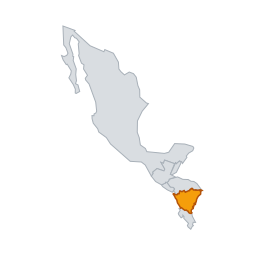 Nicaragua highlighted, Albers equal-area conic projection, rotated 18°
{"feature_id": "NIC", "entity_name": "Nicaragua", "entity_type": "country or territory", "adm_level": 0, "iso_a3": "NIC", "parent_name": "North America", "parent_adm1": "", "projection": "albers", "projection_center": [-84.819, 12.872], "detail": "fine", "context": "with_neighbors", "style": "filled", "palette": "amber", "viewbox_px": 256, "rotation_deg": 18, "n_neighbors": 6, "source": "natural_earth", "source_scale": "50m", "svg_char_len": 4795}
<svg xmlns="http://www.w3.org/2000/svg" viewBox="0 0 256 256"><g transform="rotate(18 128 128)"><path d="M34.6,51.1L47.5,51.6L46.9,52.6L66.5,61.5L81.5,62.9L81.7,60.6L91.0,61.4L98.5,68.3L101.1,74.7L103.8,76.6L108.2,78.6L111.9,74.4L116.4,74.6L120.1,77.1L124.3,84.6L127.3,88.1L129.7,95.0L137.7,98.5L139.9,98.5L136.3,107.6L134.8,118.3L138.1,129.2L141.7,133.8L145.0,140.3L150.9,142.1L153.2,144.7L170.5,140.9L174.2,138.5L177.2,128.4L187.0,125.7L195.4,125.5L196.8,126.7L196.6,129.6L193.5,133.1L192.1,136.7L193.1,137.7L190.8,144.9L189.4,143.4L187.1,143.5L185.0,147.1L184.0,146.3L183.3,147.5L172.7,147.2L172.6,150.6L170.0,150.5L175.7,155.7L175.5,157.7L168.1,157.6L165.2,162.3L166.0,163.5L165.1,166.6L155.9,157.9L151.2,156.2L140.4,159.0L116.3,148.6L110.4,143.8L101.5,140.9L99.4,138.1L93.5,134.2L91.0,130.3L89.9,127.3L91.8,126.9L91.4,125.1L92.8,123.7L93.0,121.7L89.3,113.4L77.4,98.2L72.9,95.4L72.0,93.9L73.2,90.4L67.5,85.6L66.6,81.5L63.7,80.7L58.6,74.3L58.6,72.5L54.7,63.4L55.0,61.2L51.3,58.6L49.5,58.6L46.6,56.7L45.5,58.9L46.1,66.0L52.8,74.8L53.3,76.9L54.3,76.9L55.0,80.7L60.5,87.8L61.8,93.4L64.4,99.0L64.4,102.1L67.1,102.5L70.8,108.2L68.0,111.2L67.0,111.0L65.9,107.3L62.6,103.6L56.3,98.6L56.9,94.4L56.4,91.2L50.5,86.1L49.7,86.8L45.3,83.3L42.4,79.6L45.1,79.8L47.3,77.9L47.8,75.4L44.1,70.8L41.2,68.9L34.6,51.1Z" fill="#d9dde1" stroke="#a8b0b8" stroke-width="1"/><path d="M221.4,196.9L219.2,197.5L219.2,199.9L220.4,200.7L219.6,201.5L219.0,204.9L215.8,203.6L214.6,202.4L215.0,200.0L209.0,196.7L208.6,194.9L207.1,193.9L207.5,195.6L206.3,197.0L203.0,194.8L202.2,193.6L203.1,189.9L201.4,189.0L203.7,187.1L207.5,188.7L208.9,187.9L210.7,188.4L213.4,190.0L214.8,188.8L216.4,192.0L221.4,196.9Z" fill="#d9dde1" stroke="#a8b0b8" stroke-width="1"/><path d="M217.7,164.5L215.7,164.4L210.2,166.7L207.4,165.7L206.0,168.3L202.3,171.4L200.6,170.2L199.3,171.8L196.8,171.9L196.9,174.8L193.5,176.5L192.5,174.6L190.7,174.0L191.1,171.6L190.4,171.0L186.6,171.2L181.7,167.7L183.0,166.2L183.0,163.9L190.3,159.2L196.0,159.9L201.2,158.4L204.4,159.2L207.1,158.5L210.6,159.5L217.7,164.5Z" fill="#d9dde1" stroke="#a8b0b8" stroke-width="1"/><path d="M181.7,167.7L186.6,171.2L189.2,170.5L191.1,171.6L190.0,175.4L184.6,174.7L179.0,173.0L177.4,171.7L180.7,168.7L180.4,168.0L181.7,167.7Z" fill="#d9dde1" stroke="#a8b0b8" stroke-width="1"/><path d="M165.1,166.6L166.0,163.5L165.2,162.3L168.1,157.6L175.5,157.7L175.7,155.7L170.0,150.5L172.6,150.6L172.7,147.2L183.3,147.5L182.6,158.9L188.4,160.0L183.0,163.9L183.0,166.2L181.7,167.7L180.4,168.0L180.7,168.7L177.4,171.7L170.8,170.4L165.1,166.6Z" fill="#d9dde1" stroke="#a8b0b8" stroke-width="1"/><path d="M182.6,158.9L184.0,146.3L185.0,147.1L187.1,143.5L189.3,144.4L187.7,155.2L184.3,159.0L182.6,158.9Z" fill="#d9dde1" stroke="#a8b0b8" stroke-width="1"/><path d="M217.6,164.5L217.3,164.8L216.9,165.6L216.8,165.1L216.5,165.0L216.3,165.2L216.1,165.5L216.4,165.8L216.6,165.8L216.8,165.9L217.5,168.4L217.3,168.8L216.9,169.5L216.6,170.1L216.2,170.4L215.7,172.0L215.3,174.5L215.6,176.8L215.5,178.8L215.6,179.3L215.7,179.9L215.3,180.0L215.2,180.0L215.0,179.7L215.0,179.3L215.2,178.9L215.3,178.4L215.2,178.1L215.0,178.7L214.7,179.0L214.4,179.1L214.2,179.4L214.5,180.0L214.7,180.4L214.8,180.7L214.7,181.0L214.7,182.3L214.6,182.2L214.2,182.1L214.1,182.5L214.2,182.8L213.9,183.0L214.0,183.4L214.3,183.5L214.5,183.5L214.8,184.1L214.9,184.5L214.3,185.0L214.1,185.4L213.8,185.8L213.6,186.3L213.6,186.6L213.8,187.6L214.2,188.3L214.5,188.8L214.9,188.9L214.8,189.4L214.5,189.7L213.9,189.9L213.3,190.0L212.3,189.7L211.8,189.7L211.7,189.6L211.6,189.3L211.3,189.0L210.8,188.5L210.5,188.6L209.9,188.5L209.1,188.1L208.7,188.1L208.1,188.4L207.5,188.7L205.9,188.2L204.8,187.8L203.8,187.4L203.5,187.3L203.3,187.3L203.1,187.5L202.9,187.8L202.7,188.0L202.6,187.9L202.1,187.2L201.3,186.4L198.3,184.0L197.3,182.5L196.7,181.4L196.1,180.9L194.5,179.8L194.2,179.3L192.6,177.8L191.4,176.9L191.4,176.5L191.9,176.1L192.1,176.1L192.4,176.4L192.8,176.8L193.0,176.8L193.3,176.7L195.0,176.4L195.5,176.1L195.7,175.7L195.7,175.3L195.8,175.0L196.1,174.8L196.5,174.7L196.9,174.7L197.0,174.5L196.9,174.0L196.7,172.6L196.7,172.2L196.7,171.9L196.9,171.8L197.6,171.8L199.0,171.9L199.8,171.0L200.3,170.5L200.6,170.2L200.9,170.1L201.2,170.6L202.4,171.4L202.6,171.3L202.7,171.2L202.7,170.8L203.0,170.5L203.6,170.3L204.2,169.8L204.8,169.1L205.3,168.7L205.8,168.6L205.9,168.4L205.8,168.1L205.9,167.8L206.0,167.3L206.3,167.0L206.6,167.0L206.8,166.8L206.7,166.6L206.7,166.3L207.0,165.9L207.8,165.6L208.2,165.7L208.5,166.2L209.0,166.5L209.6,166.7L210.1,166.6L210.5,166.3L210.8,166.2L211.1,166.3L211.2,166.0L211.4,166.0L211.6,166.1L211.9,166.1L212.1,166.1L212.2,165.8L212.4,165.7L212.9,165.8L213.5,165.7L214.2,165.3L214.6,165.2L214.9,165.2L215.1,165.0L215.4,164.6L216.1,164.4L217.6,164.5Z" fill="#f59e0b" stroke="#b45309" stroke-width="1.5"/></g></svg>